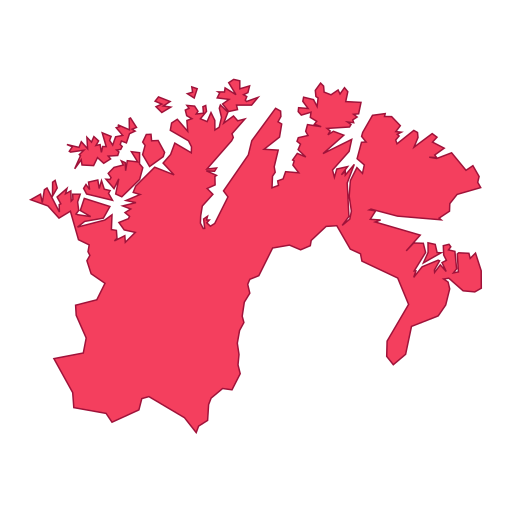 map outline of Finnmark (orthographic projection)
{"feature_id": "NOR-1062", "entity_name": "Finnmark", "entity_type": "County", "adm_level": 1, "iso_a3": "NOR", "parent_name": "Norway", "parent_adm1": "", "projection": "orthographic", "projection_center": [25.614, 69.86], "detail": "fine", "context": "isolated", "style": "filled", "palette": "rose", "viewbox_px": 512, "rotation_deg": 0, "n_neighbors": 0, "source": "natural_earth", "source_scale": "10m", "svg_char_len": 6030}
<svg xmlns="http://www.w3.org/2000/svg" viewBox="0 0 512 512"><path d="M393.3,364.7L386.7,356.4L387.1,341.1L408.6,304.4L397.7,278.0L361.9,261.1L360.5,253.8L350.3,249.1L336.8,225.7L326.1,226.4L311.2,240.4L310.3,245.7L300.6,249.8L289.5,245.1L272.6,248.0L258.8,275.7L249.8,279.3L247.7,284.3L249.8,293.2L244.3,302.2L242.2,316.2L243.9,322.5L239.6,330.4L237.3,343.2L239.0,354.5L238.0,364.8L240.2,373.7L232.0,389.8L222.6,388.5L211.1,398.1L208.6,404.6L207.6,420.4L198.6,426.1L196.2,432.6L184.5,417.7L148.9,396.6L141.8,398.6L138.9,409.9L112.0,422.2L106.1,413.4L73.8,407.6L72.7,392.6L53.9,358.6L83.3,353.0L86.2,338.0L76.2,315.3L75.6,305.2L96.8,299.8L105.0,283.3L91.1,273.7L86.9,260.7L89.9,255.4L88.0,251.7L89.2,244.9L78.5,239.7L70.4,211.2L59.0,218.1L47.9,205.9L30.7,199.7L40.5,194.2L42.3,202.6L44.4,189.7L47.0,188.0L59.4,212.1L59.2,204.6L60.8,203.8L57.1,197.0L67.0,188.4L65.5,193.8L70.8,190.9L71.2,201.1L72.9,199.4L72.7,194.2L80.2,194.2L77.6,201.9L78.7,210.4L76.0,214.0L77.7,214.7L90.7,216.6L80.3,210.5L84.3,198.4L109.9,206.5L103.4,218.1L84.7,221.4L77.5,227.1L104.7,220.1L112.0,214.8L111.4,229.6L116.4,230.4L117.0,238.3L114.4,240.9L124.8,235.7L125.3,242.3L135.3,232.4L124.2,229.9L118.9,222.5L128.4,218.7L129.6,216.4L125.0,212.6L130.7,209.0L122.7,205.9L136.0,202.6L126.0,200.5L140.1,194.5L133.2,192.4L135.7,186.1L154.7,167.2L174.1,174.9L163.1,163.1L170.6,154.5L174.8,143.1L191.3,152.8L191.5,146.8L188.5,140.8L170.3,130.3L171.6,123.0L177.3,119.3L187.7,131.3L186.9,120.5L191.9,118.7L186.7,115.7L185.3,110.1L189.0,108.3L186.9,105.4L194.6,106.1L198.0,111.3L196.2,114.0L203.5,113.2L202.9,106.7L205.7,105.5L206.5,111.4L200.4,118.8L207.1,121.6L211.0,112.6L214.8,120.4L214.9,130.0L219.2,127.2L221.5,117.4L219.3,108.2L220.4,105.0L227.9,112.2L223.7,123.2L233.5,116.0L237.7,120.8L244.9,119.0L232.0,133.7L233.3,137.5L231.6,140.8L206.9,169.0L216.6,168.0L214.5,171.3L206.3,170.8L216.5,175.4L214.9,176.5L215.1,184.9L207.1,188.5L212.9,194.3L202.3,206.0L200.7,215.8L200.4,223.2L203.2,228.5L204.7,228.4L203.6,219.0L207.5,216.3L206.5,220.0L209.3,220.0L206.8,222.8L210.4,226.2L214.7,223.5L228.0,196.9L223.5,190.9L248.3,155.0L251.8,140.7L275.6,108.3L280.6,111.1L280.9,116.5L278.0,121.8L281.7,124.0L279.5,137.1L264.0,149.3L278.2,150.1L274.2,166.8L275.2,172.3L272.5,176.2L272.0,187.8L278.5,185.4L277.7,180.9L283.1,178.9L285.6,171.7L298.8,172.8L292.9,165.1L294.2,160.9L292.6,160.0L297.3,153.4L305.8,157.0L298.1,149.6L300.5,144.1L297.0,141.3L298.3,137.7L308.0,135.5L305.7,131.3L307.5,124.6L321.2,126.7L314.4,124.2L316.7,121.3L310.3,117.4L311.0,112.2L301.3,115.1L298.2,111.6L298.6,107.7L308.1,108.5L302.8,101.3L303.6,97.2L313.5,99.6L317.1,106.5L318.1,98.0L315.9,96.5L315.3,90.4L320.6,83.1L323.6,86.1L324.1,92.1L331.0,94.8L338.1,90.0L340.0,94.0L344.5,87.7L347.8,91.7L345.7,101.6L361.0,102.4L358.6,113.8L353.6,114.3L357.1,117.0L352.7,119.9L353.7,122.7L347.5,122.0L351.0,124.5L349.5,127.0L327.0,128.4L330.2,131.0L327.9,134.8L333.4,131.3L343.8,135.2L323.0,153.6L351.7,139.4L349.1,151.4L332.5,170.0L334.4,177.3L336.8,169.0L347.6,166.6L341.4,174.8L345.3,171.3L345.3,175.1L354.3,164.4L347.2,183.0L348.9,216.5L342.2,225.4L349.8,219.1L351.4,211.1L349.2,196.3L350.4,180.6L356.9,167.6L362.5,173.4L364.3,164.9L357.1,158.7L361.5,142.3L366.1,142.0L361.6,136.4L362.7,132.4L372.5,115.3L385.2,113.6L384.5,116.5L391.6,116.6L400.3,125.7L395.8,131.6L401.3,132.2L397.2,134.3L399.1,136.0L395.7,140.0L397.0,143.8L413.8,130.4L417.5,132.5L418.0,137.5L414.0,147.2L432.2,133.6L437.0,137.2L432.5,142.1L444.2,148.2L434.7,155.0L436.7,157.6L429.2,157.2L436.7,158.5L451.6,152.8L466.0,170.3L472.9,165.7L479.1,176.5L477.7,182.3L480.7,187.6L457.1,194.4L449.8,203.6L449.5,211.2L439.1,218.1L441.1,219.8L397.4,216.1L371.0,209.1L369.3,209.9L375.6,210.9L370.3,219.3L380.6,220.0L375.2,222.0L420.2,235.1L406.2,250.9L413.7,243.0L423.3,243.3L425.6,252.5L414.2,270.9L415.9,270.9L413.7,277.4L422.1,266.8L438.1,260.2L439.6,260.8L434.4,270.0L434.6,272.4L440.3,264.9L446.2,271.5L442.0,262.6L446.4,260.3L443.7,255.0L443.3,245.7L449.0,244.3L450.8,246.8L448.5,249.9L454.9,251.4L456.6,268.8L453.4,272.9L458.4,271.9L457.3,254.0L458.7,252.8L468.9,253.3L470.2,258.4L475.5,253.1L481.2,270.8L481.3,288.2L474.8,291.9L463.1,290.8L448.8,278.2L443.6,279.0L448.1,282.1L449.7,288.9L445.7,305.0L438.2,315.9L411.5,326.4L405.6,354.3L393.3,364.7ZM93.6,165.6L82.0,165.0L81.2,159.8L74.7,168.8L80.5,155.7L79.3,154.6L83.9,150.2L70.6,152.1L69.3,151.3L72.3,146.8L66.9,144.5L79.0,147.4L81.3,141.7L87.6,148.7L86.9,137.3L91.5,142.1L93.9,136.6L98.6,140.9L95.9,145.5L100.1,144.6L101.4,152.4L102.7,146.5L106.2,146.6L102.2,132.8L111.1,136.4L109.6,140.4L112.7,145.1L115.6,136.8L122.7,135.4L116.2,127.7L119.4,126.7L117.9,124.8L129.4,129.8L129.2,118.6L130.5,118.0L136.5,127.4L132.1,129.2L135.1,131.1L129.5,133.7L126.4,142.9L121.4,141.0L120.2,144.5L122.2,146.5L120.7,149.4L116.6,150.0L118.9,151.9L117.7,155.5L108.2,156.1L110.6,158.9L103.7,163.3L97.5,157.6L93.6,165.6ZM142.8,167.7L139.6,179.5L121.8,196.8L115.7,194.0L118.8,178.8L114.0,188.6L106.0,179.2L109.9,179.5L111.1,177.6L108.2,173.4L114.0,167.4L123.3,165.0L121.3,160.9L125.2,162.6L125.6,170.7L127.3,160.7L137.7,161.9L131.4,151.7L139.6,152.7L139.5,163.8L142.8,167.7ZM246.5,101.5L258.0,97.4L251.6,105.1L236.5,105.1L237.5,109.6L228.7,111.5L222.6,104.0L229.0,99.4L217.2,97.9L219.7,92.8L218.2,91.9L224.5,92.0L225.1,87.9L236.0,94.7L228.7,82.7L233.7,79.4L239.8,80.8L239.8,88.8L249.6,85.9L247.9,92.6L243.5,94.7L246.8,96.6L245.3,100.2L246.5,101.5ZM158.1,140.5L164.6,152.4L163.2,156.7L149.6,166.5L142.6,154.6L145.1,145.4L142.7,142.1L146.3,134.5L151.0,134.3L151.6,140.8L158.1,140.5ZM108.5,193.3L112.5,200.3L86.6,194.0L83.6,188.4L86.0,184.5L89.6,189.6L88.5,182.1L97.8,180.0L99.2,188.5L101.5,180.7L104.3,189.2L110.1,190.6L108.5,193.3ZM437.1,252.6L441.1,252.8L423.4,262.9L428.1,252.4L428.0,242.8L435.2,244.4L437.1,252.6ZM163.3,106.0L170.8,107.1L161.8,112.5L156.0,106.7L161.8,104.1L155.1,101.2L158.5,96.9L170.1,101.5L163.3,106.0ZM55.1,180.4L57.2,188.0L52.5,196.1L52.6,182.2L55.1,180.4ZM197.2,88.7L194.2,98.0L187.4,93.7L192.6,92.2L191.8,86.9L197.2,88.7Z" fill="#f43f5e" stroke="#9f1239" stroke-width="1.5"/></svg>